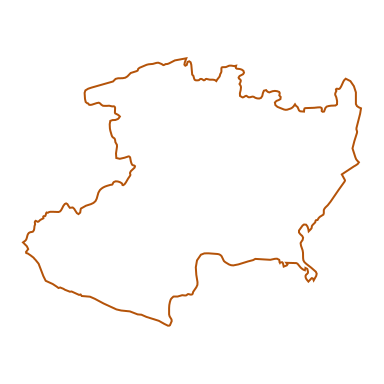 SVG path tracing the border of Michoacán
{"feature_id": "MEX-2720", "entity_name": "Michoacán", "entity_type": "State", "adm_level": 1, "iso_a3": "MEX", "parent_name": "Mexico", "parent_adm1": "", "projection": "robinson", "projection_center": [-101.77, 19.16], "detail": "fine", "context": "isolated", "style": "outline", "palette": "amber", "viewbox_px": 384, "rotation_deg": 0, "n_neighbors": 0, "source": "natural_earth", "source_scale": "10m", "svg_char_len": 5890}
<svg xmlns="http://www.w3.org/2000/svg" viewBox="0 0 384 384"><path d="M170.0,325.1L169.4,325.6L168.0,325.7L164.3,323.9L158.8,320.8L146.4,316.9L141.4,314.7L137.7,314.4L129.9,311.4L121.1,310.5L116.4,309.4L103.6,303.5L94.8,298.8L90.0,296.7L81.7,296.0L80.6,294.5L79.1,294.9L71.6,291.5L69.9,291.7L65.0,289.8L63.4,288.8L60.2,287.5L58.5,288.0L56.8,286.7L52.7,284.0L45.7,280.8L43.4,276.2L38.6,263.7L35.2,259.5L34.5,258.9L33.6,257.7L30.5,255.3L27.6,253.4L26.3,253.1L26.0,252.0L28.2,249.1L26.9,246.3L23.0,242.4L25.3,240.7L26.2,239.6L26.8,237.9L27.5,235.2L28.1,233.9L28.9,232.9L30.3,232.2L31.6,232.0L32.8,231.7L33.8,230.4L34.2,229.0L34.5,226.1L35.1,224.3L34.8,222.2L35.0,221.6L35.3,221.1L35.7,220.8L37.7,221.8L38.5,221.6L40.3,219.9L43.4,218.3L43.2,216.8L43.4,216.4L43.8,216.1L45.0,216.1L45.4,215.8L45.8,214.6L46.1,213.3L46.6,212.5L47.8,212.8L49.0,212.1L50.3,211.8L53.0,211.8L58.5,212.0L59.9,211.5L60.9,210.5L61.9,208.8L63.4,205.8L64.8,204.0L66.1,203.4L67.4,204.1L68.5,206.0L69.8,207.8L72.7,207.5L74.2,208.8L75.4,210.8L76.9,213.1L78.5,214.1L80.2,212.6L80.7,209.2L81.0,208.5L86.0,205.7L91.0,204.1L93.5,202.9L95.5,201.1L96.7,198.7L98.4,192.7L99.9,190.1L101.5,188.6L103.3,187.4L105.2,186.5L107.2,185.8L110.7,184.8L112.0,184.7L112.4,184.4L113.3,182.6L113.9,182.0L115.7,181.3L117.9,181.5L120.0,182.2L121.8,183.3L122.1,183.8L122.5,185.0L123.1,185.2L124.5,184.3L125.9,182.4L128.1,178.6L130.2,175.5L130.4,174.8L130.0,173.3L130.1,172.6L130.9,171.1L134.6,167.6L135.0,166.2L134.4,165.6L133.2,165.3L132.2,164.8L131.5,163.5L130.9,161.6L130.1,157.4L129.7,156.9L129.2,156.5L128.5,156.4L124.6,157.7L119.8,158.8L116.3,158.0L116.0,153.4L117.0,146.6L116.9,144.8L115.4,142.2L115.1,140.0L114.7,138.8L114.3,138.3L112.8,137.3L112.1,136.4L111.6,135.1L110.3,130.6L109.9,128.4L109.7,124.2L110.3,120.9L112.5,120.1L115.3,120.0L117.9,119.0L119.0,117.9L119.9,116.5L118.9,115.5L117.8,114.7L115.2,113.4L114.9,112.5L115.1,107.9L114.7,106.8L114.3,106.5L113.8,106.3L112.2,106.4L109.1,105.7L106.6,105.9L103.1,105.8L101.4,104.8L100.2,103.5L98.8,102.7L96.7,103.1L91.8,104.7L90.5,104.9L89.2,104.8L88.2,103.5L87.3,103.3L85.7,102.0L85.0,98.9L84.6,92.9L85.4,90.4L88.2,88.7L91.5,87.6L113.0,81.5L115.6,78.9L117.9,78.3L122.7,78.2L125.3,77.7L127.4,76.4L130.7,73.0L136.7,71.1L137.7,70.5L138.2,68.9L139.5,67.8L146.6,64.8L148.6,64.3L152.9,63.9L156.4,62.9L158.2,62.7L159.1,63.0L161.6,64.0L163.3,65.1L164.2,64.9L165.6,64.1L167.3,64.0L168.8,63.5L174.9,60.4L186.3,58.3L184.8,62.4L184.4,64.7L185.3,65.7L186.7,65.0L187.6,62.0L189.2,61.3L190.6,62.3L191.3,64.8L192.2,74.6L193.4,75.9L194.1,78.5L194.7,79.8L195.8,80.3L198.1,80.3L199.0,80.1L200.1,79.1L201.0,78.9L201.9,79.1L203.8,80.3L204.7,80.1L205.6,79.1L206.4,78.9L209.9,79.7L213.1,79.7L214.8,80.0L216.3,81.1L217.1,79.7L219.6,76.5L220.3,74.0L221.1,72.6L221.4,71.5L221.4,68.4L221.7,67.5L222.4,67.2L225.6,67.1L226.4,66.9L229.1,65.7L231.0,65.6L234.3,66.1L236.1,65.7L235.7,67.1L236.0,68.1L236.8,68.7L239.7,69.0L241.7,69.6L243.4,70.8L244.0,72.7L243.1,74.2L239.6,76.0L238.6,77.5L238.9,78.5L240.1,79.4L240.7,80.2L240.8,80.9L240.2,82.8L239.5,84.0L240.6,85.7L241.0,87.1L240.7,90.0L239.9,93.2L240.0,95.9L242.5,97.4L243.5,97.2L245.3,96.1L246.2,95.8L246.7,96.0L248.1,97.0L248.9,97.3L250.2,97.2L252.4,96.6L253.7,96.8L255.3,97.8L257.2,98.4L259.3,98.5L261.0,97.9L262.3,95.9L262.9,93.1L263.9,90.7L266.1,90.1L267.0,91.2L268.1,92.0L269.3,92.4L272.6,91.2L274.9,90.9L277.2,91.2L279.2,92.0L279.6,92.7L279.7,93.6L279.3,95.4L280.7,97.0L280.4,99.1L278.6,100.1L276.5,100.9L274.9,102.5L275.4,105.1L277.5,106.9L284.0,109.5L285.6,109.8L287.1,109.7L290.8,108.5L292.3,107.6L293.6,106.3L295.0,104.3L295.8,105.6L297.6,107.1L299.0,110.4L300.2,111.3L304.0,111.6L304.2,109.4L304.6,108.4L305.6,108.1L314.1,107.8L317.9,107.4L320.1,107.3L321.5,107.9L321.9,109.1L321.7,110.2L321.8,111.2L322.8,111.8L324.1,111.5L325.4,108.0L326.7,106.6L328.8,106.0L331.0,105.7L335.5,105.5L337.0,104.4L337.1,101.1L336.3,97.3L335.2,94.8L335.2,93.7L335.6,92.5L336.4,90.9L336.0,90.1L335.9,89.6L336.3,88.9L336.8,88.7L338.9,89.0L339.8,88.5L340.7,87.2L341.5,85.7L343.4,81.5L344.2,80.2L345.7,78.7L350.4,81.1L353.9,86.2L355.9,92.4L355.9,104.0L356.9,106.0L358.7,107.3L361.0,108.3L360.1,113.8L356.5,127.9L356.4,129.2L357.1,131.6L357.0,132.8L354.4,141.0L352.5,148.4L355.4,157.4L356.2,159.3L357.4,160.8L358.9,162.3L357.7,164.0L355.5,165.5L353.9,166.4L341.8,174.4L344.4,179.1L345.0,180.3L344.7,181.4L338.4,190.2L330.6,201.6L327.7,205.3L325.4,207.5L324.4,208.8L323.8,210.1L323.8,213.2L323.4,214.6L319.9,216.8L318.7,218.0L317.5,220.0L316.0,220.2L315.5,220.9L315.2,222.4L312.6,225.0L311.9,226.0L311.6,228.1L310.7,229.3L308.7,231.3L308.3,228.9L307.4,226.4L306.1,224.7L304.0,224.5L302.6,225.5L299.0,230.5L299.0,232.5L300.4,234.3L302.2,235.9L303.1,237.7L302.6,240.0L301.5,241.5L300.6,243.1L301.0,245.7L302.6,250.3L303.0,252.7L303.1,258.1L303.4,260.3L304.4,262.1L306.2,263.8L311.1,267.6L315.8,271.7L316.7,273.7L316.2,275.9L313.7,280.4L313.0,278.6L311.9,278.1L311.6,278.2L308.4,281.6L306.5,279.3L305.7,277.7L305.5,276.0L306.1,274.7L307.1,273.9L307.9,272.9L308.0,271.9L307.4,269.2L307.1,268.8L305.5,268.0L305.5,268.4L304.8,269.9L304.8,270.2L303.6,269.8L302.1,268.8L300.7,267.6L297.5,263.7L296.3,263.1L286.3,262.8L287.5,264.4L286.8,265.4L283.7,266.6L283.1,263.9L282.7,262.7L282.1,262.2L280.0,262.6L279.9,262.8L279.5,262.1L279.4,260.4L279.2,259.8L277.0,258.7L275.0,258.8L270.3,259.8L255.3,258.9L253.1,260.1L248.1,261.4L238.4,264.4L233.3,265.4L231.1,265.2L229.1,264.5L225.3,262.2L223.9,261.0L221.6,256.2L220.4,255.0L219.0,254.3L217.5,254.0L208.3,253.3L204.3,253.4L200.9,254.7L197.0,260.4L195.8,267.3L196.3,274.8L197.5,282.2L197.4,284.9L196.3,287.3L193.2,291.8L192.7,293.6L192.3,294.3L191.3,294.6L190.4,294.6L188.6,294.1L187.7,294.2L186.4,295.3L185.1,295.5L182.2,295.2L177.7,296.5L174.3,296.5L173.4,296.6L171.7,298.2L170.9,299.2L170.5,300.1L169.9,302.1L169.3,305.0L169.1,308.2L169.1,314.4L169.6,316.3L171.5,319.5L171.7,321.1L170.0,325.1Z" fill="none" stroke="#b45309" stroke-width="2"/></svg>